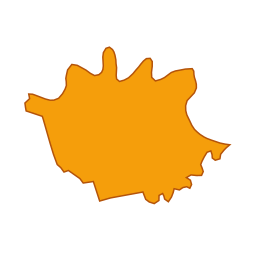 São Carlos, Santa Catarina, Brazil (Natural Earth projection), rotated 252°
{"feature_id": "56859067B22531693326931", "entity_name": "São Carlos", "entity_type": "district", "adm_level": 2, "iso_a3": "BRA", "parent_name": "Brazil", "parent_adm1": "Santa Catarina", "projection": "natural_earth1", "projection_center": [-53.023, -27.032], "detail": "fine", "context": "isolated", "style": "filled", "palette": "amber", "viewbox_px": 256, "rotation_deg": 252, "n_neighbors": 0, "source": "geoboundaries", "source_scale": "gbopen_adm2", "svg_char_len": 1790}
<svg xmlns="http://www.w3.org/2000/svg" viewBox="0 0 256 256"><g transform="rotate(252 128 128)"><path d="M191.0,44.1L186.3,43.5L183.6,37.7L179.4,36.9L175.7,36.4L165.6,50.1L162.6,50.1L137.2,49.2L125.9,49.0L115.1,49.4L111.1,51.8L105.9,53.5L106.0,58.2L94.8,66.6L89.5,68.4L87.8,78.5L67.3,78.5L66.9,89.8L62.5,122.4L54.7,122.8L51.1,125.3L48.0,129.6L49.5,135.0L54.3,136.7L55.0,140.7L52.1,141.1L49.1,140.9L45.4,143.6L48.9,148.0L52.6,151.0L56.0,153.1L53.2,157.8L54.4,161.8L54.0,165.7L51.6,168.2L54.6,171.0L59.1,171.2L62.8,168.2L63.9,173.4L61.6,178.6L60.2,183.3L63.3,186.1L67.2,186.1L70.7,185.8L73.4,188.0L77.1,191.7L80.5,195.7L80.6,199.7L76.6,199.7L73.4,198.9L70.4,201.0L70.3,205.9L74.4,208.0L77.2,212.3L78.9,215.5L80.6,219.6L82.7,215.3L85.3,210.8L87.7,207.6L90.6,203.7L93.6,199.9L96.1,197.4L99.8,194.4L102.9,192.5L106.1,190.8L110.8,189.5L115.7,188.9L119.3,188.4L122.4,188.0L126.7,188.3L131.4,189.7L135.8,192.7L138.4,197.4L140.9,201.9L144.9,205.4L148.5,206.5L151.8,206.8L155.5,206.8L158.4,207.2L161.8,208.1L164.6,207.4L166.3,200.8L166.9,196.0L167.6,190.6L167.4,186.3L166.3,183.0L164.7,178.3L164.1,174.2L164.3,168.6L168.8,166.2L173.6,167.5L179.2,170.1L183.8,171.6L187.4,170.6L188.3,166.9L186.9,163.4L184.9,160.1L182.8,157.1L180.7,153.5L178.2,149.6L175.6,144.1L174.7,139.2L174.9,134.3L178.1,132.3L181.6,133.0L185.5,134.5L188.9,135.8L192.9,136.5L196.6,137.5L201.3,138.1L204.7,138.1L207.4,137.5L210.6,135.3L210.6,131.7L207.3,127.9L203.3,126.0L199.2,124.9L194.7,123.7L191.4,122.2L189.1,120.1L187.7,116.8L188.2,112.4L191.6,109.1L196.1,105.9L199.4,102.8L203.3,99.1L205.8,94.2L201.9,88.5L197.2,85.7L194.4,84.2L191.2,83.6L187.4,82.5L184.3,80.1L180.8,76.3L177.7,71.2L177.4,66.1L178.5,62.5L181.1,58.4L185.2,53.3L187.6,50.3L189.6,47.7L191.0,44.1Z" fill="#f59e0b" stroke="#b45309" stroke-width="1.5"/></g></svg>